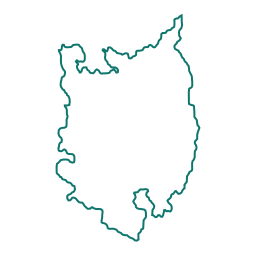 Kinneret, HaZafon, Israel
{"feature_id": "584046B15624900320210", "entity_name": "Kinneret", "entity_type": "district", "adm_level": 2, "iso_a3": "ISR", "parent_name": "Israel", "parent_adm1": "HaZafon", "projection": "equal_earth", "projection_center": [35.507, 32.776], "detail": "fine", "context": "isolated", "style": "outline", "palette": "teal", "viewbox_px": 256, "rotation_deg": 0, "n_neighbors": 0, "source": "geoboundaries", "source_scale": "gbopen_adm2", "svg_char_len": 5690}
<svg xmlns="http://www.w3.org/2000/svg" viewBox="0 0 256 256"><path d="M58.9,50.1L59.0,51.1L59.4,52.0L60.3,53.6L61.0,56.0L60.9,59.5L61.0,63.0L61.5,65.2L62.2,67.1L63.2,69.4L64.3,70.5L65.0,71.8L64.9,73.6L64.6,75.1L63.9,76.3L62.2,77.1L61.7,78.1L61.4,79.9L60.8,82.3L60.6,85.2L61.1,86.9L62.8,89.5L64.2,90.2L64.7,91.5L65.5,92.8L66.6,93.4L67.0,95.0L68.4,96.0L69.1,97.7L69.6,99.1L69.7,101.8L69.5,104.1L69.3,105.0L66.7,105.5L64.8,105.4L64.8,106.1L65.4,107.1L66.2,108.0L66.6,109.1L66.8,110.2L66.9,114.6L67.6,116.0L67.3,117.7L66.6,119.7L66.6,121.7L66.6,124.0L66.5,125.9L66.0,126.9L64.5,127.7L62.0,127.9L60.2,128.5L58.9,129.9L58.4,133.4L59.2,135.7L60.1,137.0L61.1,137.7L61.9,139.7L61.6,141.9L60.0,142.9L59.2,144.4L58.9,147.0L58.4,148.1L58.7,150.5L59.7,151.1L61.7,151.1L63.3,150.0L64.2,149.4L65.5,150.0L66.2,151.1L67.0,153.1L68.3,153.9L72.3,154.2L73.5,154.8L74.4,156.6L74.4,160.7L74.1,162.1L72.6,162.6L70.1,161.9L68.6,160.0L66.6,159.5L63.5,159.5L60.6,160.2L58.9,162.3L57.1,163.7L56.7,165.4L56.6,168.0L56.7,173.0L57.7,174.2L58.9,175.0L60.1,176.9L61.3,177.1L62.0,178.6L62.5,179.2L65.4,180.0L66.1,180.5L67.0,181.9L68.2,182.5L70.0,182.7L71.3,183.7L72.5,185.6L74.3,186.0L74.8,188.0L74.9,189.6L74.0,191.5L71.9,192.6L70.5,194.1L69.4,194.4L68.3,194.9L67.2,196.2L67.3,198.6L68.5,200.4L70.1,200.3L71.5,199.0L72.1,197.8L72.9,197.6L74.6,197.8L76.1,198.8L77.0,200.1L78.9,202.1L80.7,202.6L82.2,202.6L83.3,203.8L84.6,206.0L85.7,207.0L86.7,208.0L87.8,208.8L90.4,208.6L91.4,207.5L92.2,207.2L93.4,208.1L95.6,208.9L100.7,209.1L102.3,210.3L102.6,211.8L102.2,215.3L102.2,217.3L101.6,220.7L101.6,222.2L102.4,222.9L104.6,223.4L105.8,224.0L107.1,225.5L107.3,226.3L107.7,227.8L108.4,228.6L109.8,228.8L113.6,228.7L116.4,229.7L117.4,230.9L118.1,231.8L121.0,233.0L122.1,234.2L123.6,235.0L125.6,235.2L127.0,235.2L129.6,237.4L131.8,238.2L133.3,238.9L135.0,240.4L136.9,240.6L138.5,239.5L138.4,236.3L138.4,233.9L139.1,233.1L140.2,232.3L140.8,231.2L141.4,229.3L142.7,229.0L143.2,228.3L143.3,226.6L143.5,222.9L143.6,220.3L144.3,219.3L145.8,217.4L146.0,215.5L145.9,212.9L145.4,210.5L144.5,209.7L143.0,209.3L139.2,208.9L137.2,208.3L136.0,207.1L135.7,205.0L134.5,203.6L133.3,201.6L133.7,200.5L135.0,198.7L135.6,197.4L135.1,194.8L134.1,193.5L134.3,192.6L137.7,192.2L139.1,190.5L140.3,189.4L142.9,189.5L145.8,189.1L147.7,189.7L148.1,191.4L146.7,192.5L146.2,194.9L147.3,196.9L148.7,197.5L149.2,199.5L149.8,200.5L151.0,201.2L151.7,202.6L153.0,203.8L154.3,206.0L153.8,208.3L152.6,209.7L152.2,215.0L152.8,215.0L155.4,217.1L156.3,217.1L157.2,216.5L158.2,215.2L159.6,215.2L160.8,216.6L162.1,216.8L162.9,215.7L163.7,212.8L164.0,211.4L164.1,210.2L165.2,210.0L166.2,211.2L167.3,211.2L167.8,210.9L170.1,211.5L171.1,210.8L171.7,208.8L171.7,207.0L171.1,205.1L168.8,203.0L168.0,201.9L167.5,200.6L168.1,199.8L169.1,199.1L170.7,197.5L171.1,196.2L171.2,195.2L172.1,194.2L173.1,193.9L174.1,192.8L175.0,191.4L175.9,191.0L176.9,192.2L178.4,193.8L179.9,193.7L181.6,192.4L182.8,189.8L183.6,188.9L184.5,188.4L184.5,187.2L184.5,184.6L185.7,183.3L186.8,181.7L187.0,176.4L187.9,174.9L188.9,173.4L189.5,171.9L191.0,171.2L191.9,170.4L192.2,168.9L192.1,163.5L192.5,161.2L193.7,159.8L194.7,157.3L194.7,153.8L194.9,151.1L196.3,149.2L196.5,146.9L195.9,145.0L194.9,143.6L194.8,141.8L196.3,139.9L197.2,139.0L197.2,134.6L198.0,131.5L198.7,129.8L199.4,127.9L198.8,126.6L197.5,125.2L196.8,120.2L196.1,119.1L194.4,117.0L194.4,112.6L194.0,106.2L193.1,105.3L191.2,105.0L189.0,103.9L188.9,102.8L188.8,91.7L189.2,88.6L190.9,87.8L191.8,87.0L192.3,85.6L192.2,81.4L191.8,76.3L191.1,74.7L189.9,72.4L189.2,70.9L189.0,68.3L188.7,66.2L187.4,64.5L186.7,63.0L185.6,62.0L184.8,61.4L184.3,60.0L183.5,58.5L182.3,57.5L181.7,56.4L180.9,54.2L180.1,53.0L179.1,52.1L178.5,50.7L177.0,50.0L175.2,49.0L174.5,47.6L174.5,45.8L175.5,44.5L176.8,43.2L176.9,42.5L177.3,41.8L178.5,41.1L179.9,39.9L180.8,38.3L180.0,37.1L179.3,36.0L179.0,32.6L179.2,30.8L180.1,29.4L181.1,28.5L181.8,26.7L182.0,24.6L181.7,20.5L181.6,15.4L179.9,16.3L178.0,18.3L176.5,18.5L175.1,19.0L174.3,20.0L174.5,21.9L174.4,25.4L174.1,27.0L171.8,28.3L171.0,29.6L170.0,30.1L168.5,30.2L167.1,30.7L165.7,32.8L164.1,33.0L162.5,33.0L161.3,34.1L161.3,36.2L161.1,37.8L160.7,39.0L159.8,39.7L158.8,40.7L157.9,43.8L156.9,44.6L156.2,45.8L155.0,47.1L154.0,47.4L152.8,46.8L151.6,45.5L150.0,44.9L149.0,45.5L148.0,47.0L144.8,47.2L143.8,47.9L142.5,50.1L140.1,50.7L137.0,50.8L136.3,51.4L136.0,55.0L134.7,56.0L132.9,56.5L132.2,57.3L131.0,58.4L129.1,58.2L128.7,57.3L127.9,53.9L126.8,53.3L125.4,53.3L123.7,54.0L122.6,54.6L122.1,54.6L121.2,53.9L120.1,53.6L117.9,53.2L116.9,53.0L115.9,51.6L115.0,50.9L113.6,50.5L112.8,49.8L111.9,48.6L110.0,47.4L108.8,47.4L108.1,47.8L107.7,49.9L107.1,51.2L106.7,51.3L105.5,50.6L104.0,49.3L102.8,49.4L102.7,50.5L104.2,51.7L105.1,52.8L105.4,54.5L105.0,57.6L105.4,59.6L107.4,62.0L107.9,64.0L108.6,64.5L109.7,65.1L111.1,67.2L112.5,67.4L115.5,67.5L117.2,68.7L118.1,70.3L117.8,72.2L116.9,72.6L116.1,72.4L115.5,71.1L114.1,69.5L113.1,69.6L112.1,70.3L110.7,70.8L109.9,72.2L109.2,72.9L106.7,73.3L104.2,73.3L101.3,73.6L99.9,72.7L99.2,71.1L98.1,70.1L96.8,69.4L95.6,70.2L94.5,72.0L93.3,73.2L91.4,73.1L90.6,72.9L89.7,72.3L89.5,71.4L88.7,70.6L87.5,70.0L86.9,68.8L86.4,67.4L84.8,67.4L83.4,67.5L82.5,68.4L81.8,69.8L81.5,71.4L80.6,72.5L79.6,72.4L79.2,71.1L78.0,69.8L77.4,68.6L76.9,66.6L77.1,65.6L78.1,64.5L77.9,63.7L77.1,63.0L75.9,61.6L76.6,60.4L77.3,60.5L78.1,61.5L80.0,61.6L80.9,61.4L82.9,61.8L83.9,61.2L84.6,60.2L84.8,58.6L84.8,55.8L84.6,54.6L84.2,53.2L83.4,52.3L82.7,51.0L82.3,49.7L82.1,48.5L81.1,47.4L80.0,46.5L78.8,44.9L77.6,44.6L74.4,44.8L72.7,45.3L72.1,46.2L71.0,47.0L68.6,47.2L66.7,47.3L65.2,47.0L64.3,46.2L63.9,44.8L62.9,44.7L62.2,45.3L61.9,46.9L61.7,48.7L61.3,49.7L60.8,50.1L58.9,50.1Z" fill="none" stroke="#0f766e" stroke-width="2"/></svg>